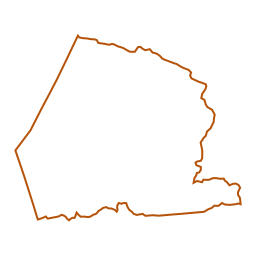 Barro, Ceará, Brazil
{"feature_id": "56859067B69548867722169", "entity_name": "Barro", "entity_type": "district", "adm_level": 2, "iso_a3": "BRA", "parent_name": "Brazil", "parent_adm1": "Ceará", "projection": "albers", "projection_center": [-38.751, -7.111], "detail": "fine", "context": "isolated", "style": "outline", "palette": "amber", "viewbox_px": 256, "rotation_deg": 0, "n_neighbors": 0, "source": "geoboundaries", "source_scale": "gbopen_adm2", "svg_char_len": 2093}
<svg xmlns="http://www.w3.org/2000/svg" viewBox="0 0 256 256"><path d="M41.6,108.5L30.5,130.3L15.4,150.4L24.1,176.0L33.1,204.2L35.3,211.4L37.8,219.5L42.2,218.1L45.8,216.5L47.7,218.6L58.5,216.5L61.7,214.8L63.9,215.6L65.8,216.9L67.3,219.0L69.1,220.3L70.5,218.9L72.4,217.8L74.6,217.9L75.8,215.0L76.6,212.6L78.6,214.9L80.7,216.7L84.6,216.6L87.1,217.0L89.4,216.9L91.3,216.1L93.2,214.7L95.6,214.1L97.2,212.8L98.5,210.9L100.9,209.6L103.0,207.9L106.2,207.1L108.5,208.4L111.5,208.5L114.9,209.9L116.7,211.7L117.6,209.8L117.1,207.6L117.4,205.2L118.8,203.0L121.6,203.8L123.4,203.0L126.2,203.1L127.6,207.2L129.6,210.2L131.7,211.6L133.7,213.9L136.8,214.9L140.2,214.3L142.6,213.9L145.4,215.8L148.4,215.6L152.5,215.2L158.8,215.7L172.6,214.5L180.4,213.9L204.0,211.8L208.4,209.2L211.6,208.0L214.3,205.7L218.2,205.9L220.4,204.4L222.0,203.0L224.8,204.5L230.0,204.9L233.0,204.5L235.8,204.2L238.4,203.5L240.6,204.2L240.2,199.8L239.7,197.3L238.0,194.9L238.0,192.2L240.1,187.7L238.6,185.1L236.0,183.6L233.1,183.8L229.5,185.3L226.8,182.0L224.8,180.6L223.8,178.6L220.3,178.8L216.1,178.1L213.0,178.1L209.3,179.7L206.9,179.9L203.5,179.6L202.0,182.2L197.0,181.0L193.6,182.8L194.5,178.0L196.2,175.5L196.8,173.0L199.2,172.4L200.8,169.9L200.8,166.9L196.4,165.2L195.5,162.6L197.2,161.5L200.8,160.8L202.2,158.2L202.3,150.8L201.7,147.6L200.6,142.6L203.8,137.7L205.9,135.7L206.9,131.6L210.7,128.2L212.0,125.2L213.6,122.2L214.1,117.7L214.7,114.6L212.0,109.7L207.4,107.1L205.7,104.3L204.5,100.0L201.3,98.1L202.2,93.9L205.3,89.4L206.3,86.6L205.8,84.3L203.2,83.3L200.8,82.4L198.6,81.7L191.5,78.4L190.1,75.5L191.1,72.5L188.6,69.9L183.6,68.0L181.1,66.8L176.6,64.0L174.0,63.2L164.1,59.5L162.2,58.5L160.0,56.0L157.1,53.9L154.7,53.0L152.6,52.6L149.8,49.2L145.2,50.2L142.5,48.7L140.5,46.9L137.9,47.2L136.6,49.2L134.8,51.8L131.9,51.8L129.5,51.6L126.4,49.9L123.2,48.0L121.1,47.3L117.7,46.3L114.6,44.6L112.0,43.9L109.5,44.7L107.5,44.5L104.5,43.8L98.4,43.0L96.8,40.1L94.8,39.4L90.4,39.1L87.2,38.5L82.4,38.1L79.3,37.4L77.9,35.7L72.2,47.6L68.0,56.5L58.8,75.5L56.5,80.2L48.9,94.8L41.6,108.5Z" fill="none" stroke="#b45309" stroke-width="2"/></svg>